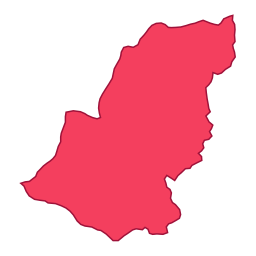 the district of Ubarana, São Paulo, Brazil
{"feature_id": "56859067B24537762234151", "entity_name": "Ubarana", "entity_type": "district", "adm_level": 2, "iso_a3": "BRA", "parent_name": "Brazil", "parent_adm1": "São Paulo", "projection": "robinson", "projection_center": [-49.743, -21.216], "detail": "fine", "context": "isolated", "style": "filled", "palette": "rose", "viewbox_px": 256, "rotation_deg": 0, "n_neighbors": 0, "source": "geoboundaries", "source_scale": "gbopen_adm2", "svg_char_len": 2006}
<svg xmlns="http://www.w3.org/2000/svg" viewBox="0 0 256 256"><path d="M210.2,111.8L208.8,108.5L208.1,104.1L207.1,98.7L206.3,92.7L205.8,87.6L208.7,84.8L211.0,81.8L212.4,77.9L213.0,72.6L217.7,74.3L221.5,73.0L225.4,69.4L230.6,66.1L231.8,61.8L235.2,57.0L234.5,52.1L233.3,48.5L232.6,44.9L235.0,41.6L234.5,35.2L235.0,29.7L234.6,24.4L232.4,20.4L232.8,15.4L229.6,16.3L223.8,18.8L221.0,23.0L218.4,25.1L214.5,24.4L210.1,23.1L203.1,20.3L198.6,21.8L195.1,23.2L190.5,24.2L186.1,25.6L180.8,27.0L175.9,27.4L171.4,27.6L168.3,27.4L165.2,24.6L161.2,23.0L156.2,23.4L151.9,25.4L148.8,28.7L146.4,32.1L144.0,35.1L140.2,39.2L138.0,44.7L133.3,47.3L128.1,46.3L123.7,47.5L121.3,52.1L120.8,55.6L119.8,59.0L116.3,65.1L114.3,68.8L113.5,72.6L112.3,78.3L108.9,84.0L105.6,89.1L102.5,94.1L100.1,98.7L99.1,102.8L98.6,108.1L99.4,113.2L100.5,117.5L97.1,118.8L92.6,117.6L87.5,115.4L84.8,113.6L80.4,111.7L73.3,110.8L66.1,112.2L65.4,116.6L65.4,122.3L63.4,127.6L61.3,133.2L60.7,136.9L60.7,141.8L58.3,146.4L56.7,151.8L55.5,155.5L52.9,158.7L50.1,161.1L47.0,163.2L43.4,166.0L40.1,169.5L37.4,172.2L35.7,176.5L29.4,181.4L25.1,181.9L20.8,183.3L24.0,186.1L26.3,191.5L29.2,195.9L34.5,199.3L40.3,200.3L45.1,200.9L48.0,202.9L55.5,203.6L61.2,205.7L66.0,208.0L69.9,211.0L73.3,214.8L77.2,221.0L80.8,224.4L84.9,226.0L91.8,227.0L97.6,229.9L101.0,230.5L106.3,234.1L113.1,240.6L118.2,240.6L124.1,235.7L127.5,233.5L132.6,229.9L136.1,228.8L142.4,229.7L145.0,227.4L148.0,229.2L149.5,233.3L152.6,234.3L156.9,233.9L163.0,234.3L167.6,232.6L166.3,226.9L168.6,223.8L171.7,222.8L176.1,220.3L179.4,218.3L180.6,214.6L179.6,209.6L175.5,204.7L172.4,202.5L170.5,198.3L171.4,192.9L170.0,189.5L166.8,187.2L165.9,183.2L164.4,179.0L166.8,175.4L171.6,178.4L174.7,180.5L177.9,175.6L181.9,172.1L185.4,168.7L190.0,168.3L191.9,165.4L196.7,162.9L201.8,160.4L201.5,156.5L198.4,153.3L201.5,150.9L203.8,147.8L202.7,143.8L204.4,140.3L208.8,139.3L211.9,136.0L209.5,131.6L211.4,128.7L212.8,125.1L209.0,121.9L205.9,116.0L210.2,111.8Z" fill="#f43f5e" stroke="#9f1239" stroke-width="1.5"/></svg>